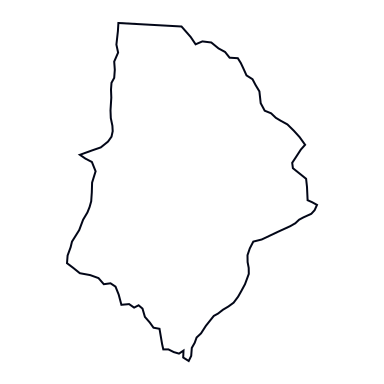 Nossa Senhora das Graças, Paraná, Brazil
{"feature_id": "56859067B74231100015306", "entity_name": "Nossa Senhora das Graças", "entity_type": "district", "adm_level": 2, "iso_a3": "BRA", "parent_name": "Brazil", "parent_adm1": "Paraná", "projection": "natural_earth1", "projection_center": [-51.797, -22.919], "detail": "fine", "context": "isolated", "style": "outline", "palette": "ink", "viewbox_px": 384, "rotation_deg": 0, "n_neighbors": 0, "source": "geoboundaries", "source_scale": "gbopen_adm2", "svg_char_len": 1521}
<svg xmlns="http://www.w3.org/2000/svg" viewBox="0 0 384 384"><path d="M181.5,26.5L118.4,23.0L117.9,31.2L116.4,44.6L118.1,52.6L114.2,61.6L114.8,69.8L114.2,77.9L111.5,82.8L111.0,89.6L111.3,97.6L110.5,110.4L110.8,118.1L112.4,125.8L112.7,131.2L111.5,136.7L108.0,141.6L100.8,147.4L92.1,150.4L79.9,154.8L85.4,158.6L91.9,162.0L95.6,171.3L92.1,182.6L91.8,192.5L91.2,201.3L89.6,207.0L87.4,212.5L83.1,219.7L79.2,230.1L72.0,241.6L70.6,247.3L67.6,255.5L67.0,263.2L73.0,267.7L79.8,273.2L90.2,275.1L98.5,278.1L103.8,284.2L110.5,283.3L115.5,286.6L118.7,294.6L121.4,304.8L129.1,304.1L134.1,307.6L138.6,305.3L142.5,308.6L144.9,316.9L149.7,322.4L153.5,327.7L159.5,328.8L162.1,344.1L163.3,349.4L168.4,349.4L173.8,352.1L179.0,353.6L183.5,350.6L183.2,357.5L188.7,361.0L191.2,355.9L191.8,347.9L194.7,342.8L196.6,337.5L201.0,333.4L205.9,325.8L213.8,315.9L218.0,313.6L223.0,309.7L228.4,306.5L233.6,302.7L238.1,296.7L241.1,291.4L245.0,284.2L248.8,273.9L248.7,267.9L247.6,262.1L247.5,255.2L249.8,248.4L253.3,241.6L261.7,239.5L277.5,232.0L290.2,226.2L295.4,223.2L299.1,219.7L303.4,217.4L311.3,213.8L314.6,210.2L317.0,204.9L312.1,202.2L307.6,200.2L307.0,187.0L306.1,178.8L292.9,168.2L292.2,162.8L295.7,157.5L300.9,149.5L305.1,144.8L299.6,137.1L293.9,130.8L287.4,124.4L280.8,120.8L275.8,117.8L271.1,113.3L264.7,110.7L260.7,103.2L259.4,91.4L255.5,84.9L252.5,79.2L246.5,75.4L243.3,68.3L240.8,63.0L237.8,58.2L229.6,57.7L225.1,52.0L218.5,48.4L211.3,42.5L202.4,41.4L195.6,44.3L190.7,37.0L181.5,26.5Z" fill="none" stroke="#020617" stroke-width="2"/></svg>